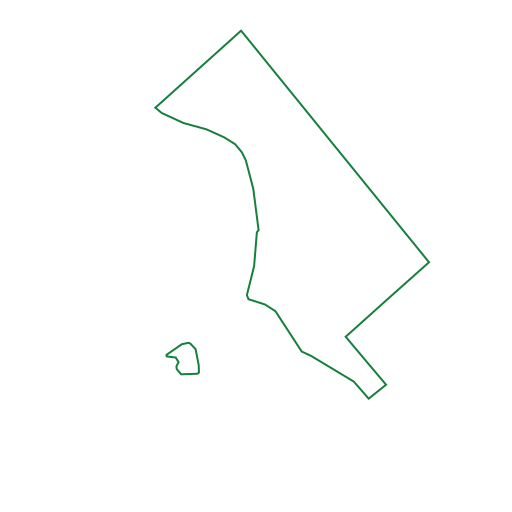 outline of Erie, Ohio, United States of America, rotated 230°
{"feature_id": "52423323B39503954322515", "entity_name": "Erie", "entity_type": "district", "adm_level": 2, "iso_a3": "USA", "parent_name": "United States of America", "parent_adm1": "Ohio", "projection": "orthographic", "projection_center": [-82.666, 41.452], "detail": "fine", "context": "isolated", "style": "outline", "palette": "green", "viewbox_px": 512, "rotation_deg": 230, "n_neighbors": 0, "source": "geoboundaries", "source_scale": "gbopen_adm2", "svg_char_len": 752}
<svg xmlns="http://www.w3.org/2000/svg" viewBox="0 0 512 512"><g transform="rotate(230 256 256)"><path d="M140.0,384.5L438.2,389.4L436.3,333.8L436.2,330.7L434.3,274.2L426.1,275.7L404.5,285.9L384.8,299.5L367.3,307.9L355.0,311.9L344.4,311.8L335.6,309.6L309.2,297.1L283.0,280.3L274.1,274.6L273.6,271.9L249.4,248.0L233.6,226.2L231.8,223.8L231.4,223.7L227.7,222.5L213.1,231.7L201.2,235.4L153.4,229.6L144.7,233.7L144.6,233.8L96.9,250.2L74.3,250.6L73.8,272.9L103.6,272.8L136.5,272.8L138.3,327.0L140.0,384.5ZM203.4,135.5L203.4,137.4L209.3,142.0L223.4,149.8L231.3,149.4L232.9,148.4L233.0,148.3L236.1,142.5L237.8,123.9L236.4,123.1L229.9,129.2L224.5,128.5L222.6,124.1L220.3,122.6L213.5,122.6L203.4,135.5Z" fill="none" stroke="#15803d" stroke-width="2"/></g></svg>